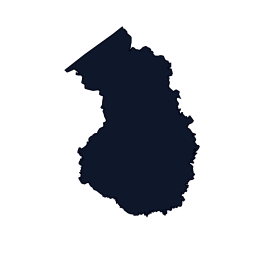 Bu Dang, Bình Phước, Vietnam (orthographic projection), rotated 156°
{"feature_id": "81297802B33312647698223", "entity_name": "Bu Dang", "entity_type": "district", "adm_level": 2, "iso_a3": "VNM", "parent_name": "Vietnam", "parent_adm1": "Bình Phước", "projection": "orthographic", "projection_center": [107.268, 11.771], "detail": "fine", "context": "isolated", "style": "filled", "palette": "ink", "viewbox_px": 256, "rotation_deg": 156, "n_neighbors": 0, "source": "geoboundaries", "source_scale": "gbopen_adm2", "svg_char_len": 5687}
<svg xmlns="http://www.w3.org/2000/svg" viewBox="0 0 256 256"><g transform="rotate(156 128 128)"><path d="M172.3,70.9L171.3,71.1L170.0,70.7L168.8,69.9L168.3,68.9L167.5,68.8L167.5,68.6L168.7,68.6L167.6,67.5L167.5,67.1L168.1,66.7L167.4,66.4L167.2,66.0L168.2,66.2L167.9,65.4L168.4,65.3L168.7,64.2L168.0,64.3L167.4,63.9L167.5,62.6L167.1,61.6L166.9,60.2L166.1,59.5L166.2,59.2L166.7,58.9L166.9,58.7L166.0,58.2L164.6,56.5L164.4,55.8L164.5,54.7L162.1,50.4L160.0,48.5L157.9,47.5L157.7,47.2L157.7,46.0L157.3,46.1L156.2,45.3L155.0,45.2L154.7,44.7L153.4,44.7L152.6,45.5L151.9,45.4L151.2,45.0L151.3,44.2L150.5,43.8L149.7,44.4L148.5,44.0L147.2,44.1L147.9,41.9L146.4,41.1L146.2,40.6L146.6,40.1L146.5,39.8L145.6,40.7L145.7,41.1L146.1,41.6L146.0,41.8L144.9,41.7L143.8,41.1L142.4,42.9L142.2,41.6L142.0,41.2L141.6,41.1L141.4,41.4L141.4,42.6L141.2,42.8L140.6,42.6L139.3,41.4L138.9,42.5L138.5,42.6L138.1,42.2L138.2,41.5L137.7,41.3L136.4,41.3L136.0,40.3L135.7,40.3L135.7,40.8L135.3,40.9L134.4,40.7L132.8,40.0L132.1,39.1L131.9,38.3L130.8,37.9L129.6,38.4L130.0,36.9L130.5,36.4L130.6,35.4L129.7,33.8L129.4,33.7L129.0,34.3L129.0,35.3L128.8,35.6L128.4,35.4L128.3,34.5L127.7,34.4L127.4,34.6L126.6,36.8L126.6,37.6L126.3,37.9L123.9,36.9L122.6,35.6L121.9,35.7L120.5,37.2L121.5,37.6L121.4,38.0L120.7,38.2L119.2,37.4L118.9,36.6L118.5,36.4L117.2,36.9L115.7,35.7L115.4,35.8L114.4,36.9L111.9,35.4L111.2,35.4L110.3,36.3L108.4,40.1L107.7,40.2L106.9,39.1L105.7,39.5L106.1,42.9L107.5,43.9L107.6,44.2L107.2,44.8L106.0,45.5L105.4,47.2L104.0,45.8L102.5,47.0L101.4,47.0L100.4,46.6L100.0,47.0L100.7,48.4L99.7,48.7L98.3,49.6L97.5,49.7L97.2,50.5L96.6,50.9L96.8,51.4L98.3,51.7L98.4,52.8L97.8,53.6L97.5,53.7L96.6,53.2L96.3,53.3L95.7,54.3L93.9,55.1L93.6,55.7L93.1,55.8L90.0,55.1L88.7,55.3L88.7,55.6L89.5,56.6L89.5,57.0L88.8,57.2L87.5,58.3L86.4,58.5L86.4,59.2L87.0,60.6L87.0,61.1L86.4,61.9L86.4,62.4L87.4,62.8L87.5,63.1L86.4,63.3L86.1,63.6L85.7,65.3L84.7,66.4L85.3,68.1L86.6,70.0L86.6,70.7L86.2,71.2L84.9,71.4L84.4,71.2L82.7,69.6L82.4,69.7L82.7,72.1L83.1,73.0L82.9,73.4L82.3,73.4L81.5,72.7L79.7,73.2L79.2,73.5L79.1,73.9L79.8,75.4L76.6,76.9L75.9,77.0L76.0,77.3L76.4,77.6L78.4,77.2L78.9,78.3L75.7,79.3L75.6,79.8L75.8,80.3L76.5,80.9L76.4,81.4L76.0,81.6L75.8,81.4L74.4,79.7L72.2,80.8L70.7,82.2L70.9,83.1L71.7,83.4L72.3,84.1L73.3,88.2L73.2,88.6L72.0,89.1L71.0,90.3L71.5,94.0L72.8,94.7L72.4,95.1L70.8,95.0L69.8,94.5L69.2,94.8L69.3,95.1L70.9,96.4L71.7,97.5L72.2,100.9L72.5,101.7L73.8,103.8L73.9,104.7L72.1,106.3L71.3,106.8L70.1,107.1L67.7,107.1L66.8,107.4L65.6,108.1L66.7,113.6L67.0,113.7L68.7,112.6L69.3,112.5L69.9,113.1L70.2,114.5L71.5,114.7L71.7,114.9L72.1,116.9L72.8,118.5L72.7,119.0L72.2,119.6L72.3,119.9L72.5,120.0L73.8,119.5L74.5,118.2L74.8,118.2L75.0,118.4L75.2,120.0L74.9,121.4L74.9,122.3L74.7,122.6L73.1,123.3L72.8,123.9L75.1,124.1L75.5,125.1L75.3,125.5L74.5,125.8L74.5,128.0L72.9,128.9L72.2,129.8L72.1,130.3L72.7,133.3L72.3,135.0L71.7,135.8L69.8,136.3L68.3,134.6L68.4,138.0L68.1,138.8L66.8,140.0L66.8,140.5L68.5,142.8L69.1,143.0L69.8,142.9L71.3,142.3L71.7,142.7L72.6,144.1L74.3,148.1L74.2,149.9L72.4,152.1L71.9,153.0L71.8,155.2L70.4,156.9L70.9,157.8L70.7,158.7L69.5,159.0L67.8,158.9L66.8,158.6L66.6,159.0L65.4,160.1L65.6,161.2L65.1,162.0L64.9,164.3L66.9,165.6L67.2,166.6L64.2,166.8L62.9,169.7L63.4,170.0L64.8,170.4L64.5,172.6L66.5,174.3L66.8,176.3L66.7,178.9L66.9,179.2L67.6,179.9L69.3,180.8L71.4,181.1L74.7,182.8L74.8,184.0L75.5,185.6L75.5,186.0L74.6,186.8L74.7,187.6L76.2,188.9L75.7,190.2L75.8,191.2L76.3,192.1L77.8,193.5L78.3,194.7L79.0,195.1L81.5,195.2L84.2,194.2L86.2,194.1L87.9,195.6L89.0,196.1L89.5,196.8L90.0,198.2L90.9,199.4L91.5,199.4L94.9,197.8L95.1,198.1L94.3,199.9L93.0,201.3L92.6,202.4L90.7,204.8L88.6,209.3L88.7,210.5L90.7,214.7L90.2,216.6L91.2,219.5L92.0,219.8L92.3,220.1L92.4,222.3L103.2,219.5L137.2,212.4L161.6,206.3L160.8,204.3L160.5,204.1L158.7,204.0L154.6,204.0L153.4,204.4L152.8,203.8L150.8,200.2L150.0,198.2L150.3,197.9L151.1,197.9L151.7,198.2L152.7,199.1L153.3,198.0L151.9,196.9L149.4,195.8L148.8,194.9L148.3,193.2L149.7,190.7L151.5,188.3L151.3,187.7L149.5,185.6L149.7,184.4L150.7,182.3L150.7,181.8L150.2,181.2L144.9,177.0L143.8,176.5L139.9,175.4L139.4,175.1L138.7,174.2L138.4,172.9L140.0,170.5L139.3,169.2L137.7,167.9L137.4,167.1L137.6,166.2L139.9,162.9L141.6,159.4L143.8,157.9L144.1,157.6L143.8,156.9L142.2,155.9L141.8,155.5L141.9,155.2L143.3,153.9L143.8,153.2L143.8,151.1L144.4,148.0L144.3,144.4L144.5,143.5L145.9,142.3L148.1,142.4L148.7,140.4L149.7,138.9L150.3,138.7L152.9,138.8L154.4,138.5L157.1,136.5L157.3,136.0L157.9,135.6L158.7,135.4L159.9,135.9L161.2,136.0L162.5,135.7L163.2,135.1L165.5,135.0L167.6,134.2L168.5,132.9L168.3,132.1L168.6,131.1L169.2,131.0L170.8,131.4L171.3,130.8L171.2,130.2L171.5,129.7L174.0,128.3L179.1,127.3L179.7,127.8L179.7,128.8L180.5,129.4L181.1,129.1L182.0,127.9L182.3,127.1L182.9,127.1L182.6,126.3L182.6,125.9L183.4,125.7L182.9,125.0L182.1,124.4L182.7,123.8L182.6,123.0L182.2,122.1L182.0,121.8L181.2,121.6L181.4,119.4L182.2,119.1L181.7,118.7L182.1,118.4L182.2,117.7L182.6,117.4L183.1,117.4L184.0,118.4L184.7,117.5L185.6,116.9L186.5,116.1L186.9,115.2L186.2,114.8L186.4,114.0L185.4,113.2L185.3,112.7L185.6,111.0L186.0,110.6L186.7,110.5L186.6,109.6L187.5,108.7L188.3,108.3L188.3,107.6L188.6,106.7L188.6,105.7L188.8,105.6L189.5,106.7L189.9,106.7L189.7,105.7L189.3,105.0L189.6,104.2L191.1,102.0L191.5,101.9L192.7,102.3L193.0,102.1L193.1,100.7L192.8,99.7L192.6,96.9L191.6,95.7L190.9,95.4L190.3,94.8L187.5,95.0L186.0,94.4L185.7,93.8L185.6,91.2L185.2,89.9L184.1,88.2L183.9,85.9L181.9,83.9L179.0,78.5L178.2,77.7L178.0,76.9L178.4,76.1L177.1,74.6L176.6,74.4L175.4,74.4L175.0,74.1L174.6,73.2L173.3,72.8L173.0,71.7L172.3,70.9Z" fill="#0f172a" stroke="#020617" stroke-width="1.5"/></g></svg>